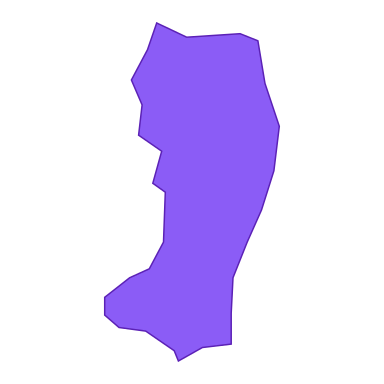 Bromölla, Skåne, Sweden
{"feature_id": "70781695B19839460749296", "entity_name": "Bromölla", "entity_type": "district", "adm_level": 2, "iso_a3": "SWE", "parent_name": "Sweden", "parent_adm1": "Skåne", "projection": "mercator", "projection_center": [14.508, 56.147], "detail": "fine", "context": "isolated", "style": "filled", "palette": "violet", "viewbox_px": 384, "rotation_deg": 0, "n_neighbors": 0, "source": "geoboundaries", "source_scale": "gbopen_adm2", "svg_char_len": 496}
<svg xmlns="http://www.w3.org/2000/svg" viewBox="0 0 384 384"><path d="M178.4,361.0L202.4,347.5L231.2,344.1L231.2,313.3L233.0,277.7L247.2,242.1L261.5,210.0L273.9,170.8L279.3,126.3L265.0,83.5L264.5,80.6L257.9,40.8L240.1,33.7L186.7,37.2L156.7,23.0L147.5,49.7L131.4,80.0L142.1,104.9L138.6,135.2L161.7,151.2L152.8,183.3L165.3,192.2L163.5,242.1L149.3,268.8L129.7,277.7L104.7,297.3L104.7,315.1L119.0,327.5L145.7,331.1L174.2,350.7L178.4,361.0Z" fill="#8b5cf6" stroke="#5b21b6" stroke-width="1.5"/></svg>